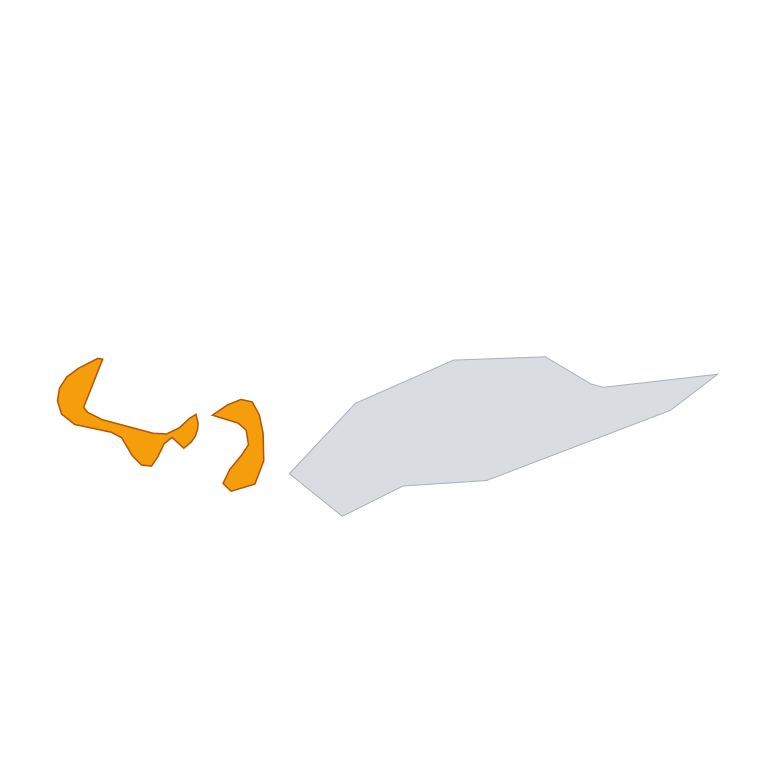 location of Koror within Palau, rotated 61°
{"feature_id": "PLW-5249", "entity_name": "Koror", "entity_type": "state/province", "adm_level": 1, "iso_a3": "PLW", "parent_name": "Palau", "parent_adm1": "", "projection": "natural_earth1", "projection_center": [134.442, 7.291], "detail": "fine", "context": "in_parent", "style": "filled", "palette": "amber", "viewbox_px": 768, "rotation_deg": 61, "n_neighbors": 0, "source": "natural_earth", "source_scale": "10m", "svg_char_len": 928}
<svg xmlns="http://www.w3.org/2000/svg" viewBox="0 0 768 768"><g transform="rotate(61 384 384)"><path d="M479.5,484.6L416.5,510.3L387.0,418.3L396.8,311.6L438.5,229.6L483.9,203.3L493.2,193.9L537.2,87.4L545.9,146.2L518.1,341.1L482.4,416.9L479.5,484.6Z" fill="#d9dde1" stroke="#a8b0b8" stroke-width="1"/><path d="M343.1,590.2L327.9,595.3L329.7,605.4L338.0,617.1L343.1,627.1L337.3,635.4L324.7,638.9L303.8,639.5L294.0,645.9L269.5,674.1L254.0,680.6L240.5,677.8L230.4,669.9L224.1,658.2L222.1,643.6L222.8,622.0L225.9,618.0L258.8,658.0L265.4,656.8L278.6,647.7L315.1,609.9L322.3,598.4L323.1,584.2L319.8,571.0L319.4,563.2L328.1,565.5L333.7,569.4L338.0,574.1L341.3,580.7L343.1,590.2ZM350.8,508.1L368.7,513.7L392.9,526.4L408.9,545.4L403.6,569.7L392.9,573.0L383.9,560.1L377.0,542.6L371.4,532.0L357.5,526.9L347.4,530.6L328.1,549.2L326.4,531.3L328.2,516.6L335.8,507.9L350.8,508.1Z" fill="#f59e0b" stroke="#b45309" stroke-width="1.5"/></g></svg>